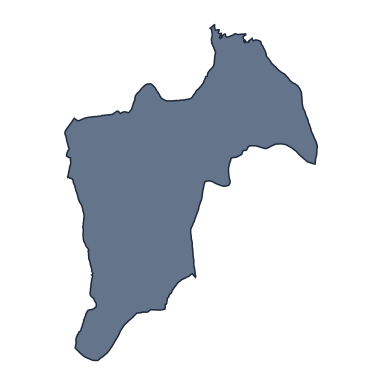 Kaolack, Kaolack, Senegal (Albers equal-area conic projection), rotated 89°
{"feature_id": "50182788B15645681951695", "entity_name": "Kaolack", "entity_type": "district", "adm_level": 2, "iso_a3": "SEN", "parent_name": "Senegal", "parent_adm1": "Kaolack", "projection": "albers", "projection_center": [-16.083, 14.112], "detail": "fine", "context": "isolated", "style": "filled", "palette": "slate", "viewbox_px": 384, "rotation_deg": 89, "n_neighbors": 0, "source": "geoboundaries", "source_scale": "gbopen_adm2", "svg_char_len": 5963}
<svg xmlns="http://www.w3.org/2000/svg" viewBox="0 0 384 384"><g transform="rotate(89 192 192)"><path d="M277.4,190.0L277.0,189.8L275.8,189.8L274.5,190.3L272.1,190.3L270.4,190.6L268.9,190.7L265.8,191.4L262.6,191.5L261.3,191.3L255.7,192.0L249.6,192.3L247.2,192.6L245.4,192.7L243.8,192.6L241.5,192.9L238.7,193.5L237.0,193.5L233.0,194.0L229.4,194.0L226.8,192.9L225.8,192.3L222.9,191.1L221.6,190.3L219.4,189.7L209.6,185.8L206.1,185.1L198.7,182.3L191.1,181.2L187.4,180.3L184.0,179.6L182.6,179.1L181.8,178.5L181.2,176.3L181.3,173.5L182.3,170.8L183.8,168.4L185.2,165.0L186.1,162.8L186.8,160.3L186.7,158.3L186.4,156.6L185.8,155.1L184.3,154.1L182.4,153.6L177.1,154.8L172.7,155.1L168.7,155.1L163.0,153.6L161.9,153.1L158.6,152.1L157.9,146.7L155.3,141.7L153.5,141.1L151.4,140.0L151.3,137.1L149.9,136.0L147.9,135.1L147.1,133.9L146.8,132.6L147.0,127.0L149.7,118.9L149.8,116.6L147.5,112.0L145.6,107.6L145.4,101.9L146.2,97.5L149.4,91.8L153.1,87.1L156.3,84.4L163.8,76.1L165.7,70.8L166.2,68.4L160.9,67.8L156.8,66.7L151.2,66.3L149.6,66.0L148.0,66.0L143.7,67.1L139.5,69.1L137.6,69.7L133.0,71.8L131.6,71.9L125.7,73.8L124.9,74.2L121.7,74.9L116.7,76.9L113.1,77.9L112.3,78.4L109.6,79.5L105.3,80.3L100.0,80.4L97.8,80.7L94.3,80.9L90.7,82.4L88.0,84.2L87.2,84.9L86.8,85.7L85.4,87.4L85.0,88.7L83.2,91.1L81.5,92.7L81.2,92.7L79.5,94.0L77.4,95.9L76.6,96.4L75.0,98.4L74.8,99.2L74.2,100.1L71.6,103.4L69.4,105.4L68.5,106.0L67.9,106.9L65.3,109.6L63.2,111.1L61.2,112.2L57.7,115.2L56.8,115.5L56.1,115.2L52.4,116.4L47.3,118.8L45.7,119.9L43.2,120.5L42.4,121.1L41.5,123.4L41.0,125.6L41.9,128.0L41.0,128.7L39.4,129.3L41.4,131.7L41.7,132.5L43.0,132.5L43.4,132.9L43.1,133.9L43.2,134.3L42.6,135.4L43.6,136.5L43.4,136.9L42.4,137.6L41.9,137.6L41.9,136.8L41.7,136.0L41.2,136.3L40.6,137.4L40.1,137.7L38.9,138.1L38.0,138.1L37.4,138.1L35.8,135.4L34.9,135.6L34.8,136.2L35.2,138.3L35.0,139.8L35.4,143.0L35.1,144.5L34.5,145.7L34.5,146.3L35.0,147.3L35.8,148.3L37.4,152.8L37.8,154.4L37.7,155.1L36.8,155.5L34.8,155.9L34.6,156.7L35.3,158.0L36.4,158.9L36.9,159.7L37.9,159.4L38.2,159.5L38.3,160.2L39.1,161.0L39.0,161.4L38.0,161.8L36.8,161.1L36.3,161.1L35.4,160.1L33.9,159.9L34.1,162.0L33.5,162.9L32.7,163.2L31.7,162.3L30.3,162.0L30.3,163.8L30.7,165.5L30.2,165.9L28.2,166.5L25.2,166.5L25.6,167.6L26.8,168.5L28.5,171.0L29.4,170.1L30.2,169.6L34.7,169.0L36.8,169.2L39.6,170.0L43.2,169.7L44.1,169.5L45.1,168.8L46.6,168.4L47.4,168.0L52.7,166.0L56.4,166.8L64.8,167.7L66.8,168.6L68.5,170.0L70.3,171.9L72.6,173.7L74.0,174.3L76.5,174.7L76.8,175.9L77.1,176.4L78.2,176.6L81.1,178.0L82.3,178.3L83.3,178.8L85.2,180.4L86.0,180.8L86.7,181.7L89.1,183.7L89.5,184.5L90.1,185.2L91.8,186.5L93.0,187.0L94.5,188.4L97.8,190.6L98.4,191.7L98.9,193.2L99.1,194.2L99.4,196.4L99.8,197.5L99.9,201.8L100.3,203.3L100.4,204.6L100.1,206.0L100.4,206.8L100.4,209.1L100.6,210.6L100.5,212.8L100.6,215.3L100.1,216.3L99.9,217.2L98.8,219.2L97.4,221.2L96.6,221.7L95.9,221.9L95.1,222.6L93.9,223.0L92.9,223.7L91.6,224.3L90.9,225.1L86.9,227.2L84.2,229.8L83.2,231.1L83.2,234.6L83.6,235.7L84.5,237.3L85.9,238.8L87.6,240.6L90.8,243.2L92.4,245.1L94.1,246.2L94.4,246.7L97.1,247.5L98.4,247.4L99.4,247.6L100.7,248.5L108.5,251.1L109.9,252.5L111.1,253.3L111.7,254.1L110.8,256.7L110.7,258.5L111.1,260.2L112.2,262.3L111.3,263.3L110.5,263.7L110.0,264.5L109.8,265.6L111.3,267.5L111.8,268.6L113.2,270.5L113.0,271.3L113.4,272.3L113.4,273.6L113.9,280.3L114.7,283.0L114.5,284.1L114.9,285.9L114.9,289.3L115.3,291.3L115.5,294.2L116.5,298.6L118.9,304.1L118.6,305.1L117.6,306.8L116.2,308.4L117.2,308.9L117.2,309.2L117.7,309.6L119.9,311.0L126.7,316.2L129.2,317.7L130.0,318.0L131.7,318.0L132.8,317.5L133.2,317.5L133.9,317.0L134.3,317.1L140.2,315.9L141.3,315.6L141.7,315.3L142.6,315.3L144.7,314.8L145.4,314.4L146.5,314.1L147.4,314.3L148.5,315.4L149.5,315.6L150.9,316.4L153.5,316.9L154.1,316.7L154.3,315.8L155.4,314.7L155.4,313.8L155.8,312.9L156.1,313.1L156.6,312.9L157.5,313.0L161.2,312.7L165.5,314.1L166.6,314.1L167.7,314.4L168.2,314.2L169.2,314.8L173.1,315.5L174.5,316.2L175.4,316.0L175.2,315.2L175.5,314.6L176.0,314.1L175.9,313.5L176.3,313.0L176.6,311.9L178.4,310.7L180.0,310.4L180.5,310.6L181.3,310.1L184.6,308.9L185.2,308.9L186.6,308.4L188.5,308.2L190.0,307.4L191.3,307.3L192.0,306.7L194.4,306.4L195.7,305.9L196.5,305.8L196.7,305.6L197.4,305.7L198.0,305.4L198.5,304.9L199.2,305.0L201.7,303.6L202.7,302.9L205.6,301.9L208.8,301.4L211.9,300.5L215.5,300.3L216.6,300.7L217.5,300.7L221.8,301.3L222.9,301.2L225.1,301.9L226.1,301.6L228.3,301.3L233.2,301.8L235.3,301.5L236.6,301.5L239.5,301.0L242.1,299.6L243.3,299.4L245.1,298.3L247.2,296.6L247.8,296.3L249.4,296.7L249.4,296.9L252.4,296.4L253.5,296.6L254.4,296.3L255.3,296.5L257.0,296.3L258.4,295.9L259.6,295.3L262.5,295.0L262.8,294.8L264.1,294.6L265.7,294.0L267.8,293.6L268.4,293.7L269.7,293.5L271.5,292.6L273.1,293.0L273.2,293.7L274.1,292.9L275.5,293.1L277.5,293.8L279.1,293.9L282.2,294.6L285.0,294.7L286.4,295.1L292.1,295.7L293.9,295.2L294.7,294.3L295.8,293.4L296.4,292.3L299.6,291.1L301.6,289.7L302.3,289.8L303.2,289.5L305.4,290.1L305.6,290.8L306.6,291.5L307.4,293.0L308.0,295.3L308.3,297.8L309.9,299.0L312.1,300.3L314.3,300.7L314.9,301.1L317.8,302.2L318.2,302.4L318.2,302.6L319.6,302.6L321.6,303.3L322.5,303.8L324.2,304.0L326.4,305.1L328.2,305.4L329.6,306.6L329.9,307.4L331.0,308.0L331.5,308.0L331.9,308.2L332.4,308.9L336.1,310.4L339.5,310.7L341.5,310.5L343.0,311.0L344.7,311.2L345.9,311.6L351.1,306.6L353.6,303.9L355.3,301.5L358.4,294.5L358.7,293.3L358.8,289.1L356.5,286.3L354.9,283.8L351.5,279.7L348.0,276.8L344.1,274.2L333.5,267.7L329.8,266.1L323.8,262.0L319.2,257.0L316.9,254.2L312.1,249.3L311.8,244.9L311.3,244.0L311.3,238.5L308.9,235.3L309.3,230.5L309.5,225.5L308.7,221.2L306.2,220.7L304.1,220.8L303.6,219.6L302.8,219.2L301.7,219.2L299.7,218.7L298.5,218.7L297.9,218.5L296.4,217.0L295.2,216.9L294.1,216.2L293.5,215.7L292.9,214.8L292.2,214.3L289.4,213.0L282.8,208.0L279.6,204.0L277.5,199.4L276.8,198.2L276.3,196.6L274.5,194.5L274.1,193.7L273.8,192.8L275.1,192.1L277.4,190.0Z" fill="#64748b" stroke="#1e293b" stroke-width="1.5"/></g></svg>